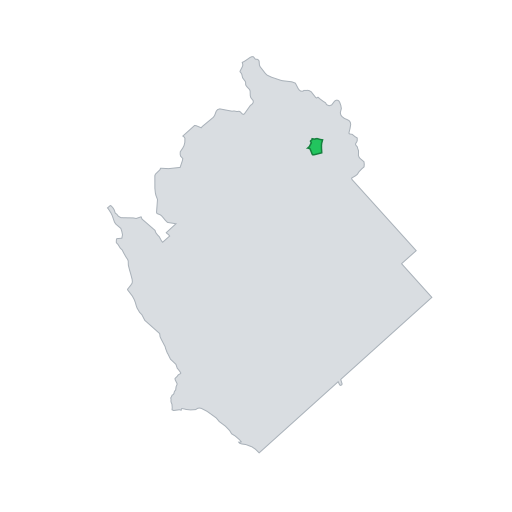 Kebkabiya, North Darfur, Sudan (highlighted), rotated 138°
{"feature_id": "16777658B23897511285986", "entity_name": "Kebkabiya", "entity_type": "district", "adm_level": 2, "iso_a3": "SDN", "parent_name": "Sudan", "parent_adm1": "North Darfur", "projection": "robinson", "projection_center": [24.187, 13.614], "detail": "fine", "context": "in_parent", "style": "filled", "palette": "green", "viewbox_px": 512, "rotation_deg": 138, "n_neighbors": 0, "source": "geoboundaries", "source_scale": "gbopen_adm2", "svg_char_len": 4905}
<svg xmlns="http://www.w3.org/2000/svg" viewBox="0 0 512 512"><g transform="rotate(138 256 256)"><path d="M334.2,391.1L330.5,391.0L330.1,390.0L330.1,387.3L330.5,385.3L331.9,382.0L331.5,380.2L331.7,377.7L330.7,374.8L321.7,366.4L320.0,364.1L315.2,362.0L316.0,359.7L313.9,342.6L314.8,340.6L315.1,337.6L315.0,335.0L316.1,330.6L316.2,328.7L306.8,328.6L306.7,330.5L307.1,332.6L307.1,333.4L293.9,333.5L299.3,340.2L299.5,343.1L299.3,346.8L299.3,349.2L299.6,350.7L301.1,353.7L301.0,354.2L300.7,355.0L291.4,363.9L289.8,368.0L288.6,370.2L285.9,373.9L277.4,383.4L276.0,384.1L269.5,384.4L268.9,384.6L268.4,385.1L268.1,385.0L262.5,379.4L253.1,372.6L246.9,376.1L245.2,377.4L245.2,380.7L244.3,382.3L242.6,384.1L238.0,385.3L235.6,386.2L232.8,388.1L230.0,391.1L229.8,392.7L230.1,394.1L214.3,394.1L213.3,392.9L210.9,387.9L209.3,388.2L194.9,387.6L192.8,388.1L188.7,390.2L186.6,390.5L184.5,389.6L176.9,379.6L175.3,378.5L173.5,376.1L171.9,375.0L171.4,374.3L171.2,373.2L171.2,371.1L170.7,369.7L169.5,369.4L159.3,371.7L157.8,371.4L155.7,371.8L155.0,372.2L154.1,373.5L154.0,376.3L153.7,377.6L152.9,379.1L150.0,382.5L149.4,384.0L149.5,387.7L149.3,389.6L148.9,390.4L147.6,391.9L147.2,392.7L146.7,397.4L145.1,400.3L144.7,401.3L144.6,403.4L144.3,404.0L139.7,405.7L138.0,406.7L137.0,408.4L136.7,409.1L134.7,408.5L132.2,408.1L127.4,407.5L125.5,406.8L124.6,405.7L124.8,402.8L124.4,402.2L123.6,401.6L123.1,400.4L123.2,398.9L125.7,395.6L126.3,393.8L126.9,385.4L126.7,382.9L124.7,378.2L120.1,370.1L119.0,368.5L113.2,361.9L112.5,360.9L111.1,358.1L112.7,351.9L112.8,350.2L112.4,348.5L110.9,347.1L109.6,347.0L107.9,345.4L106.8,344.6L105.8,343.2L105.1,341.1L105.6,333.9L105.3,332.9L103.8,332.6L103.5,332.1L103.5,330.7L102.7,326.6L101.8,323.2L102.3,321.3L101.1,318.7L98.7,317.6L94.1,318.5L92.7,318.3L91.7,317.8L91.0,316.9L90.7,315.8L91.0,314.1L92.3,311.0L93.9,308.5L97.3,306.2L98.2,304.9L98.7,303.6L98.8,302.0L98.5,300.4L98.2,298.9L97.2,296.9L96.3,294.5L96.3,293.0L96.7,291.8L97.6,290.4L100.9,287.8L104.3,285.5L104.9,284.8L104.6,283.8L103.1,282.0L102.6,278.5L101.8,276.0L103.5,274.1L104.7,273.4L106.7,272.9L107.5,272.1L107.7,270.6L107.7,269.2L108.4,268.1L109.3,265.8L110.1,264.8L112.7,262.1L113.3,260.4L113.4,258.8L112.7,253.8L114.2,251.7L116.1,249.9L118.8,250.0L123.1,249.7L126.0,248.9L128.0,249.0L132.7,249.9L133.2,249.5L133.5,248.2L133.4,152.8L152.8,152.9L153.0,152.7L153.0,107.6L274.7,107.6L275.7,107.5L277.6,103.3L278.4,102.9L279.7,103.2L280.1,104.2L279.1,107.6L385.4,107.6L385.7,112.8L386.7,116.9L389.8,122.8L392.4,125.9L393.4,127.7L393.5,128.5L393.4,129.2L392.6,128.4L391.3,127.8L391.2,130.6L391.9,136.2L393.1,140.2L392.4,143.8L392.6,150.0L394.1,157.5L393.9,162.2L396.3,173.3L398.6,179.4L399.8,180.9L401.2,181.8L403.7,182.3L407.6,185.4L410.6,188.7L411.7,190.4L413.2,192.3L414.2,192.0L414.8,191.5L415.8,193.0L420.6,196.3L421.3,197.9L419.7,199.4L417.7,202.0L416.8,204.4L416.3,205.1L414.8,206.6L414.5,207.4L413.8,207.8L413.1,207.9L411.5,208.7L410.0,208.4L408.6,208.9L408.0,209.5L406.9,210.0L405.3,210.2L402.9,212.3L400.7,213.3L400.0,214.1L398.9,218.1L398.1,219.2L394.9,219.3L393.4,219.7L391.2,219.2L390.2,219.3L390.0,220.1L389.6,223.6L389.7,225.1L388.0,229.1L388.6,236.5L387.0,242.1L386.8,243.3L385.1,247.7L384.2,249.4L382.1,257.6L381.3,260.2L379.5,262.8L381.7,282.6L380.1,288.7L380.2,292.0L379.2,296.9L378.3,299.1L376.9,301.9L375.7,304.9L374.7,308.9L374.1,316.5L373.8,317.2L368.1,318.2L366.3,318.7L365.2,319.5L363.7,321.5L360.9,326.9L359.4,330.1L357.0,334.6L354.3,337.8L353.7,339.3L353.3,342.2L352.3,346.8L351.4,350.0L351.6,352.6L350.8,357.1L350.9,359.3L349.9,360.5L348.6,361.7L347.8,362.0L343.8,359.0L341.0,361.1L339.3,364.0L338.0,366.9L338.8,373.2L338.7,374.6L338.4,376.1L335.8,382.2L335.0,385.0L334.2,389.9L334.2,391.1Z" fill="#d9dde1" stroke="#a8b0b8" stroke-width="1"/><path d="M145.9,293.0L144.6,292.1L138.1,288.7L136.8,290.3L135.4,292.1L133.9,293.8L133.4,294.4L132.7,295.0L132.4,295.3L131.8,295.9L131.7,295.9L131.6,296.0L130.6,296.6L130.3,296.8L130.2,296.9L130.0,297.0L129.4,297.4L128.8,297.8L129.1,298.1L129.5,298.6L130.0,299.2L130.7,300.2L131.0,300.7L131.1,300.9L131.4,301.3L131.5,301.6L132.0,302.2L132.0,302.3L132.3,302.6L132.5,302.7L132.7,302.8L132.8,302.9L132.9,303.0L133.0,303.0L133.5,303.3L133.8,303.3L134.0,303.4L134.1,303.5L134.3,303.6L134.4,303.9L134.9,304.4L135.3,305.0L135.6,305.3L135.7,305.5L135.8,305.6L136.0,305.4L136.1,305.2L136.3,305.1L136.3,304.9L136.5,304.9L136.8,305.0L137.3,305.0L137.7,305.0L137.8,305.0L138.5,305.0L138.7,304.9L138.8,304.6L138.9,304.1L139.0,303.4L139.1,303.2L139.3,303.0L139.7,302.9L139.8,302.9L140.1,302.7L140.4,302.6L140.6,302.6L140.9,302.4L141.0,302.4L141.3,302.3L141.5,302.2L142.1,302.0L143.0,301.6L143.3,301.6L143.6,301.6L143.9,301.6L144.0,301.6L144.4,301.6L144.5,301.6L144.8,301.6L145.0,301.6L145.3,301.6L145.2,301.5L144.1,299.5L144.8,297.7L144.9,297.4L145.0,297.0L146.0,294.4L146.1,294.0L146.2,293.5L145.9,293.2L145.9,293.0Z" fill="#22c55e" stroke="#15803d" stroke-width="1.5"/></g></svg>